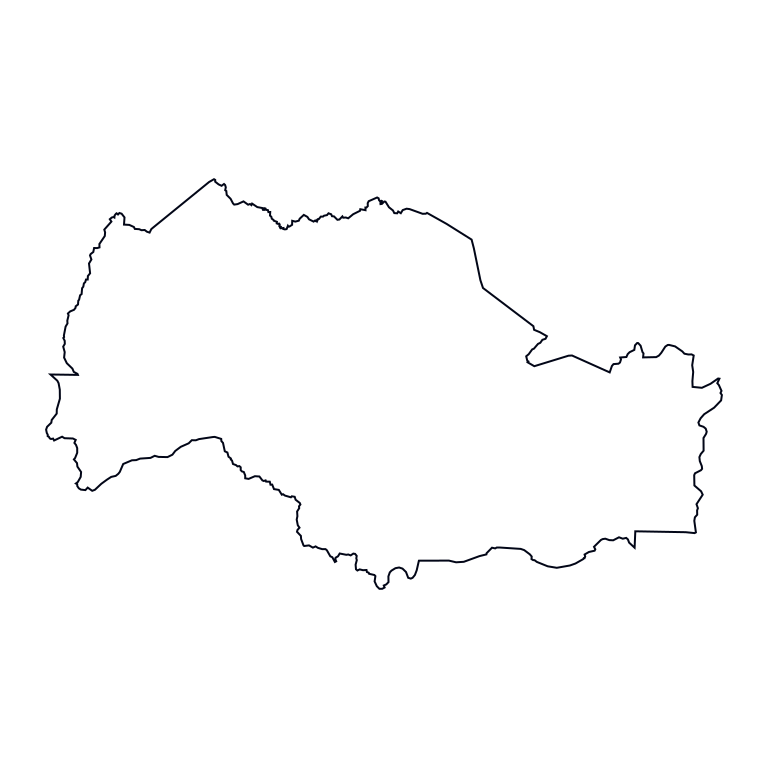 the district of Santa Lucia, Guayas, Ecuador
{"feature_id": "8360857B32465002428557", "entity_name": "Santa Lucia", "entity_type": "district", "adm_level": 2, "iso_a3": "ECU", "parent_name": "Ecuador", "parent_adm1": "Guayas", "projection": "mercator", "projection_center": [-80.061, -1.713], "detail": "fine", "context": "isolated", "style": "outline", "palette": "ink", "viewbox_px": 768, "rotation_deg": 0, "n_neighbors": 0, "source": "geoboundaries", "source_scale": "gbopen_adm2", "svg_char_len": 6040}
<svg xmlns="http://www.w3.org/2000/svg" viewBox="0 0 768 768"><path d="M111.4,221.6L104.3,229.6L105.1,232.4L104.8,236.0L99.4,244.0L99.5,247.4L97.1,248.1L94.1,248.0L93.3,252.0L90.7,254.0L90.0,255.4L91.4,259.5L89.0,263.5L90.1,273.3L87.9,276.0L87.7,279.5L86.0,279.5L85.2,282.2L83.9,283.4L83.3,286.7L82.1,288.2L81.6,294.1L80.1,295.3L79.1,299.7L78.3,300.7L78.0,304.5L75.7,306.3L75.5,307.9L74.0,309.8L70.2,311.4L67.9,313.5L68.6,315.3L67.3,320.7L67.5,323.4L65.6,326.6L63.9,335.5L64.1,337.1L63.3,338.0L64.7,340.8L64.8,343.9L63.2,346.6L64.7,352.1L64.1,357.6L66.8,363.2L72.4,368.6L73.8,371.9L77.5,373.9L77.9,374.9L50.5,374.5L57.3,380.7L58.6,383.2L59.8,389.7L59.9,398.7L56.8,409.4L56.7,413.6L51.7,420.0L51.3,422.7L47.1,426.8L46.1,429.6L46.8,433.0L47.7,434.6L47.7,436.2L48.8,436.7L49.8,438.4L51.0,439.0L53.1,438.6L54.1,440.5L62.1,436.7L64.5,438.2L72.9,438.5L75.7,439.9L74.4,442.9L76.0,444.9L77.2,448.1L77.2,452.8L75.1,458.0L73.9,459.4L77.0,463.1L77.4,466.6L81.1,472.0L80.7,476.9L77.8,482.0L75.9,483.5L77.2,484.2L77.3,486.1L78.8,488.3L80.9,489.6L85.4,490.1L87.7,487.6L92.2,490.8L94.9,489.8L101.3,483.8L106.9,479.7L111.2,476.9L115.7,475.9L118.3,473.8L119.8,471.9L123.2,464.0L131.9,460.3L136.2,460.1L140.1,458.6L150.5,457.9L154.7,455.8L158.6,456.9L167.5,457.1L172.4,454.7L175.3,450.9L180.8,446.8L188.7,443.3L191.8,440.2L195.8,440.3L199.0,439.1L213.1,437.0L214.8,436.9L221.2,438.9L221.4,441.1L223.0,442.9L224.8,451.3L227.4,452.5L228.5,456.7L230.9,458.5L230.8,459.5L232.0,460.5L233.0,464.0L236.0,465.1L237.5,466.4L239.4,466.1L240.7,467.3L240.7,470.1L241.9,471.4L243.8,472.0L245.2,475.4L245.2,478.3L248.6,478.9L254.9,476.2L259.4,476.5L262.4,480.4L263.8,481.0L265.6,480.4L266.1,481.6L269.8,481.7L270.5,484.7L272.2,484.6L274.0,489.1L278.8,489.9L281.8,494.7L283.0,494.2L285.0,495.6L290.9,497.3L291.8,496.3L294.7,496.8L295.6,499.7L299.8,503.0L300.4,504.5L299.0,506.3L299.2,508.2L297.1,511.5L297.4,516.2L296.7,519.6L297.8,525.3L299.5,527.7L297.5,529.9L297.0,531.8L300.9,535.9L301.1,539.0L303.5,545.4L304.2,546.0L309.0,545.4L312.9,547.6L315.6,546.4L318.0,547.9L322.1,549.1L325.5,549.1L326.9,550.3L330.3,556.3L332.3,557.2L334.9,562.0L336.2,561.3L335.3,559.1L335.6,557.7L338.0,556.3L339.7,553.5L346.3,554.8L348.3,554.5L350.7,555.4L353.3,553.6L355.1,553.9L356.7,555.9L356.3,558.3L356.8,560.1L355.6,564.7L356.0,569.3L357.4,570.5L359.7,569.4L363.0,570.2L366.5,570.0L366.9,572.0L368.7,572.7L369.1,573.8L374.4,575.0L375.4,576.1L374.6,581.4L376.8,586.2L379.4,588.8L382.2,588.8L384.6,587.5L383.8,585.5L386.3,584.4L388.5,582.1L388.4,576.4L389.8,572.4L391.5,570.6L395.4,568.2L399.1,567.5L402.5,568.6L406.0,572.0L408.2,577.8L410.8,578.6L412.6,577.8L414.9,575.0L416.7,570.3L418.9,560.7L448.9,560.6L456.1,562.3L463.8,561.8L479.5,556.1L486.4,554.4L486.6,553.2L492.0,547.7L495.2,548.4L496.8,547.5L499.4,547.5L520.7,548.9L524.2,550.1L529.8,554.3L531.7,556.5L531.5,559.1L533.1,560.1L534.6,560.2L536.8,561.9L547.7,566.3L556.8,567.8L569.9,565.5L575.5,563.5L583.2,559.1L583.8,558.1L584.5,558.2L585.2,556.5L584.6,554.5L588.9,552.0L594.6,550.7L595.3,549.3L594.0,546.8L600.9,540.0L602.6,539.1L605.3,538.7L609.3,540.1L613.2,540.3L619.0,537.3L622.8,538.7L626.2,537.9L627.9,539.4L629.1,542.6L634.6,547.7L635.3,531.3L685.7,532.2L694.6,533.1L695.9,532.4L694.3,520.8L694.9,517.3L697.2,514.7L697.1,510.4L697.9,508.2L696.5,504.2L702.7,494.7L701.1,491.3L694.4,485.5L694.2,475.2L695.0,473.3L701.0,470.2L702.1,468.8L701.8,466.1L699.8,461.1L699.4,457.1L700.8,454.0L703.6,450.7L703.5,438.0L706.1,433.8L706.7,431.7L705.7,428.6L703.5,426.8L699.4,425.4L698.4,422.5L700.6,418.3L704.2,414.2L714.1,407.7L721.1,400.4L721.9,395.0L720.5,393.0L721.5,390.9L718.9,385.1L717.3,383.2L719.4,378.7L718.1,378.5L710.5,383.8L701.9,387.8L692.6,386.9L692.4,381.1L693.2,372.0L692.2,365.2L693.7,355.5L691.6,354.4L688.4,354.5L684.4,353.7L682.3,351.4L675.1,346.4L669.0,344.9L667.7,345.0L665.3,346.6L661.3,352.8L658.9,355.6L656.2,357.1L643.1,357.4L643.5,353.4L642.5,352.1L640.6,345.7L638.2,343.1L637.2,343.0L635.0,345.3L634.3,349.9L629.6,352.2L627.7,354.1L626.4,357.0L620.2,357.5L621.0,359.4L620.0,362.5L618.5,363.7L613.5,364.1L611.9,366.0L609.7,372.4L572.0,355.5L568.5,355.7L534.3,366.2L527.6,362.3L528.3,361.4L527.3,360.8L526.2,356.3L528.7,354.2L532.2,349.4L533.9,348.7L538.0,343.9L540.3,342.8L542.4,339.8L545.5,338.8L546.9,336.2L539.9,332.2L534.1,329.8L533.4,326.2L483.0,288.0L480.4,280.2L473.9,248.5L471.6,239.6L446.6,223.9L427.0,212.9L425.8,213.7L422.6,213.8L409.6,209.1L406.6,208.7L402.7,210.1L400.8,213.2L398.2,211.5L397.2,213.3L394.3,213.1L393.0,210.5L389.0,207.3L385.5,201.7L384.3,201.5L381.9,203.9L380.5,204.1L380.4,203.2L381.9,202.0L381.9,201.0L381.3,200.8L380.5,201.9L379.0,200.1L378.6,198.3L377.1,197.5L368.7,201.2L367.7,203.2L367.8,206.1L366.5,207.5L365.4,207.5L365.5,210.2L360.3,209.2L360.0,210.8L353.2,214.2L348.2,218.3L345.8,217.5L343.2,217.7L342.4,216.4L339.4,219.5L337.4,219.8L334.0,216.4L332.0,216.2L331.2,214.3L328.5,213.3L327.0,215.1L324.0,215.7L323.0,216.6L320.8,216.6L318.9,219.0L318.1,219.0L317.0,221.4L316.2,220.3L315.7,221.1L314.7,220.7L313.6,221.6L309.0,219.3L307.4,216.9L303.8,214.9L299.7,218.7L298.8,220.7L295.3,221.6L292.2,220.8L292.1,224.8L289.5,226.5L288.5,226.7L287.9,225.8L286.6,229.1L284.9,229.4L283.3,229.0L283.4,228.0L280.5,228.3L280.0,227.6L280.7,226.7L279.3,226.0L279.7,224.4L279.1,223.6L278.0,223.9L276.7,223.4L276.9,221.8L273.8,220.7L273.6,220.0L271.8,218.7L271.3,216.7L270.0,215.6L270.2,212.0L268.4,212.1L267.9,210.1L266.2,209.9L265.5,208.5L264.3,208.2L264.2,209.9L263.0,209.9L262.2,208.0L257.3,207.1L252.1,203.6L251.4,205.1L250.0,204.0L248.1,204.7L243.5,201.4L237.6,204.1L234.2,204.6L233.0,203.4L230.6,198.8L226.7,194.9L226.3,191.0L225.2,190.2L225.8,187.3L225.1,185.0L224.0,184.0L221.6,185.8L218.6,184.4L215.2,181.7L215.2,179.9L214.0,179.2L209.1,182.0L153.2,227.5L151.3,229.1L149.6,232.6L146.9,231.7L144.7,230.0L141.5,230.2L139.2,229.2L134.8,228.9L133.9,227.0L129.3,224.9L124.0,224.6L124.5,217.4L121.6,213.7L119.4,213.0L118.0,214.5L116.6,213.3L116.0,213.7L114.6,215.5L114.4,217.5L113.6,217.0L111.8,217.5L109.8,219.2L111.4,221.6Z" fill="none" stroke="#020617" stroke-width="2"/></svg>